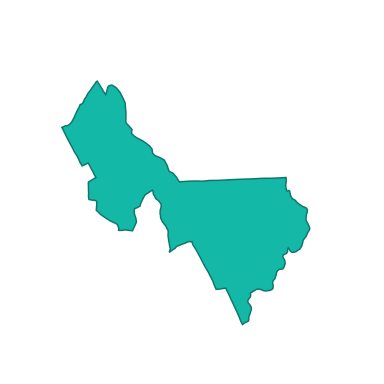 outline of Al-Amara, Maysan, Iraq, rotated 64°
{"feature_id": "34846034B34105115765151", "entity_name": "Al-Amara", "entity_type": "district", "adm_level": 2, "iso_a3": "IRQ", "parent_name": "Iraq", "parent_adm1": "Maysan", "projection": "albers", "projection_center": [47.067, 32.106], "detail": "fine", "context": "isolated", "style": "filled", "palette": "teal", "viewbox_px": 384, "rotation_deg": 64, "n_neighbors": 0, "source": "geoboundaries", "source_scale": "gbopen_adm2", "svg_char_len": 4469}
<svg xmlns="http://www.w3.org/2000/svg" viewBox="0 0 384 384"><g transform="rotate(64 192 192)"><path d="M333.2,204.7L333.1,203.9L332.6,201.1L332.8,199.4L332.8,198.1L332.0,197.1L330.8,196.5L328.8,195.4L327.8,194.2L326.1,192.5L323.8,190.4L322.3,189.4L321.1,189.3L319.6,189.3L317.9,189.6L316.5,190.1L315.0,189.9L313.7,189.1L312.7,187.2L312.2,186.0L311.5,185.2L310.5,184.5L309.0,184.1L308.3,183.6L308.3,182.1L308.1,180.5L307.9,178.6L307.8,176.6L308.1,175.5L308.5,174.7L309.1,173.4L310.1,172.8L311.3,171.5L312.2,170.8L313.2,169.3L313.5,168.4L313.9,167.2L314.4,165.9L314.6,164.5L314.7,163.2L314.3,161.8L312.8,160.6L311.0,159.8L309.6,159.7L308.4,159.0L307.1,157.6L306.3,155.5L304.9,154.2L303.2,152.5L301.0,150.9L300.0,149.1L299.9,147.7L300.1,146.2L300.9,144.8L300.8,143.9L300.3,142.9L299.7,142.2L297.3,139.7L296.1,139.3L294.2,138.6L292.9,138.6L291.7,138.8L290.5,138.8L289.5,138.5L288.8,137.9L288.6,136.7L288.6,135.6L288.6,133.9L288.1,133.2L287.3,132.1L286.6,131.9L285.1,131.0L284.4,130.0L284.8,129.8L285.6,129.8L287.4,129.6L288.5,129.5L289.6,128.9L290.6,127.4L291.1,125.8L291.1,124.0L290.8,122.3L290.4,119.7L289.5,118.3L288.3,116.7L287.0,115.6L285.6,114.3L284.3,113.5L283.4,112.0L282.5,110.1L281.7,108.6L280.7,107.5L279.1,105.6L277.9,103.6L276.6,102.3L276.0,102.0L275.0,101.9L273.6,101.8L270.9,101.7L269.5,101.9L267.5,101.8L265.8,101.2L264.2,100.1L262.4,99.1L260.7,97.3L259.1,96.3L258.3,96.1L257.2,96.1L256.2,96.5L255.2,97.3L254.0,98.5L251.6,100.0L249.5,101.3L247.0,102.3L245.1,102.7L244.0,103.3L242.1,104.6L239.5,105.1L235.7,104.3L233.9,103.8L233.1,104.2L233.1,105.2L232.8,106.1L231.6,106.1L230.6,106.0L227.3,105.0L223.8,102.7L220.2,101.1L217.6,107.4L213.8,116.0L210.1,123.7L206.5,132.4L202.1,142.1L198.2,151.1L195.5,157.6L192.2,165.2L189.4,170.9L187.1,177.4L183.6,184.1L181.2,189.4L178.9,195.0L177.2,199.0L171.4,199.6L167.1,200.7L163.3,203.5L156.8,202.7L151.1,202.9L150.1,203.6L146.7,206.0L143.1,209.3L140.1,210.4L135.9,209.1L132.0,209.9L128.5,211.7L124.4,213.9L120.6,216.8L117.0,219.2L112.6,220.7L109.6,218.5L105.2,219.7L102.3,220.6L101.2,220.9L100.2,220.9L94.3,217.8L90.3,216.0L88.5,215.4L82.7,213.1L78.3,212.9L74.6,212.9L70.9,213.0L65.4,214.3L62.9,215.7L61.2,216.8L60.6,217.4L60.3,219.4L60.3,220.7L61.1,222.0L63.6,224.0L65.9,226.1L66.6,227.0L65.0,227.2L59.6,227.7L54.4,228.2L54.1,228.2L50.8,228.6L50.9,229.7L52.5,232.3L54.5,236.2L55.5,237.7L57.9,242.5L60.3,245.7L61.5,248.0L64.0,250.9L64.5,251.9L64.5,252.4L64.5,253.4L64.6,254.5L66.1,256.1L69.0,260.1L73.4,265.3L76.2,269.2L77.2,271.6L77.9,274.4L77.0,277.0L76.9,280.7L79.3,280.5L82.1,280.6L85.3,280.5L88.3,280.6L92.3,280.4L95.8,280.3L98.2,280.2L100.8,280.1L104.8,280.1L108.9,279.5L113.2,279.5L115.5,279.6L116.8,279.7L120.4,279.3L120.5,276.4L120.4,272.6L123.8,272.4L126.9,272.4L129.8,272.2L133.8,272.2L136.8,272.0L137.1,274.7L137.4,277.5L137.7,280.8L139.4,281.7L141.9,282.8L144.5,284.0L147.3,285.2L150.8,287.1L153.5,287.9L154.3,286.9L155.8,284.9L157.0,282.8L158.6,281.7L159.7,282.2L162.1,283.4L164.5,284.9L166.5,286.1L169.7,284.7L172.1,284.0L174.7,282.6L177.6,280.9L179.9,279.5L182.2,278.1L184.2,276.5L186.1,274.9L188.1,273.5L190.5,273.4L193.0,273.9L194.3,274.8L196.1,271.2L196.2,270.6L196.5,269.2L197.3,267.9L198.2,266.3L199.1,265.1L200.3,263.2L200.8,262.5L200.3,261.9L198.0,259.1L195.7,256.3L194.6,255.1L194.1,254.9L191.6,254.1L190.0,253.8L187.2,253.5L185.2,252.9L183.1,252.1L181.9,251.1L182.0,248.9L182.0,247.0L181.9,244.9L180.7,243.9L179.4,242.7L178.0,240.9L175.8,238.1L174.2,235.7L173.7,233.6L173.5,231.5L173.3,229.7L173.1,228.0L173.1,226.7L174.7,226.8L175.9,227.4L177.5,227.7L179.5,227.4L180.9,227.5L181.8,227.5L182.8,227.2L183.7,226.6L185.2,225.9L185.9,225.8L187.1,225.5L188.4,225.3L189.8,225.1L190.6,225.7L192.3,226.6L194.2,228.4L197.1,230.0L199.6,230.8L201.8,231.6L203.6,231.6L205.8,231.7L208.2,231.2L209.9,230.8L210.2,230.6L211.4,230.5L212.8,230.5L214.7,230.5L216.0,230.4L217.3,230.8L219.2,231.9L220.6,232.6L221.8,233.1L223.6,233.6L225.8,234.4L227.4,234.7L229.1,235.3L231.7,236.0L233.6,236.3L234.2,237.0L235.0,237.7L235.7,238.5L236.1,238.5L236.1,237.7L235.9,237.0L235.6,234.9L235.4,233.5L235.3,232.1L234.7,230.9L234.2,229.5L234.3,228.2L234.5,226.0L234.5,224.1L235.0,220.7L234.9,218.3L235.2,216.7L236.0,215.2L236.5,213.8L238.8,214.2L240.5,214.3L243.6,213.9L246.5,213.6L253.9,213.3L263.7,213.1L271.3,212.5L277.7,212.4L281.1,212.3L285.5,212.8L290.1,213.0L291.4,209.5L293.2,203.9L297.7,203.8L308.6,204.0L320.4,204.2L326.4,204.5L329.3,204.8L333.2,204.7Z" fill="#14b8a6" stroke="#0f766e" stroke-width="1.5"/></g></svg>